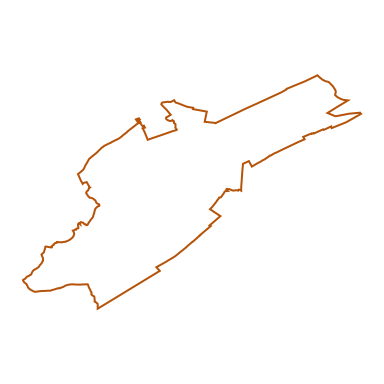 Urecheni, Neamt, Romania (Robinson projection)
{"feature_id": "2599482B48962297444856", "entity_name": "Urecheni", "entity_type": "district", "adm_level": 2, "iso_a3": "ROU", "parent_name": "Romania", "parent_adm1": "Neamt", "projection": "robinson", "projection_center": [26.516, 47.174], "detail": "fine", "context": "isolated", "style": "outline", "palette": "amber", "viewbox_px": 384, "rotation_deg": 0, "n_neighbors": 0, "source": "geoboundaries", "source_scale": "gbopen_adm2", "svg_char_len": 5792}
<svg xmlns="http://www.w3.org/2000/svg" viewBox="0 0 384 384"><path d="M360.7,113.6L360.1,112.7L349.1,113.7L337.0,116.0L335.3,116.2L327.5,113.0L336.6,107.3L348.0,100.4L343.1,99.8L340.1,98.6L337.4,97.1L335.1,95.1L335.8,91.8L335.4,90.1L332.9,86.3L328.7,82.0L325.5,81.2L322.3,79.6L318.1,76.0L317.5,75.3L304.8,81.4L297.7,84.3L293.7,85.9L291.9,86.7L286.9,88.7L286.6,88.8L286.6,89.0L286.6,89.3L284.8,90.4L280.8,92.6L255.6,104.2L253.3,105.2L245.4,108.8L215.4,123.2L215.2,123.0L214.9,122.9L204.7,121.8L206.8,111.6L192.9,109.1L193.2,107.8L187.5,106.9L185.5,106.2L178.2,103.3L175.6,102.5L174.1,100.2L173.5,100.5L173.1,100.8L172.4,101.2L171.4,101.6L170.7,102.0L170.0,102.0L168.9,101.9L167.7,101.7L166.3,102.0L165.1,102.1L164.2,102.3L163.0,102.3L162.8,102.3L162.1,102.7L161.8,103.1L161.5,104.0L161.3,104.2L161.5,104.6L161.9,105.1L162.7,105.9L164.1,107.4L166.5,109.7L170.7,114.8L168.4,116.3L167.8,116.6L166.7,117.0L166.3,117.4L166.1,117.8L166.0,118.2L166.0,118.4L166.4,119.1L167.4,120.0L169.1,120.7L170.4,121.1L171.6,120.6L172.3,120.7L172.5,120.2L174.0,121.3L173.9,122.1L174.0,122.9L174.2,123.3L175.3,123.8L175.5,124.3L175.5,125.8L175.4,126.7L175.4,127.4L175.5,127.9L176.1,128.5L176.8,129.8L176.6,130.0L171.6,131.5L164.0,134.2L150.4,138.8L147.7,139.8L145.0,133.0L143.8,130.4L143.2,129.3L142.6,128.4L144.9,127.6L143.9,125.7L142.6,126.2L139.8,122.6L140.5,122.3L138.7,119.8L139.7,119.4L138.9,118.3L135.9,119.4L138.6,123.1L137.0,124.0L133.4,126.9L130.2,129.3L128.8,130.4L127.0,132.0L126.6,132.5L125.4,133.3L124.7,134.0L123.4,134.8L121.9,136.3L119.1,138.4L117.4,139.4L116.7,139.5L116.3,139.8L111.5,142.2L110.9,142.7L107.3,144.3L105.6,145.2L104.4,145.8L103.8,146.2L102.3,147.4L101.9,147.6L101.0,148.3L100.5,149.0L99.3,150.1L96.6,152.8L94.4,154.6L93.1,155.5L92.9,155.9L92.7,156.0L92.2,156.3L89.2,158.9L89.0,159.1L87.1,162.6L85.4,165.3L85.2,165.9L83.9,168.6L83.5,169.2L83.1,169.8L81.8,171.0L78.0,174.1L81.3,181.6L81.6,181.8L82.7,183.9L83.7,182.9L86.7,182.1L89.2,186.5L89.0,187.1L89.1,187.6L89.2,187.8L89.6,187.8L89.1,188.3L88.6,189.0L88.4,189.6L88.2,190.3L86.8,191.4L86.1,193.0L88.5,196.6L88.7,196.8L89.2,197.1L89.6,197.7L90.2,197.6L92.6,198.4L93.6,198.9L94.0,199.5L95.4,200.4L96.2,202.5L97.2,203.5L98.5,204.0L99.3,204.6L99.2,206.0L98.6,206.2L98.1,206.2L97.7,206.6L96.9,207.1L95.8,208.2L95.2,209.0L95.1,209.5L94.8,210.1L94.7,211.0L94.2,212.3L94.2,213.4L93.8,214.0L92.9,217.1L91.9,218.4L91.4,219.1L90.3,220.3L89.9,221.1L88.9,222.4L87.5,224.9L86.2,225.1L85.6,224.3L85.1,224.4L83.7,223.5L83.2,222.7L82.1,222.5L81.3,222.3L80.9,222.1L80.7,222.1L80.5,222.5L79.8,222.9L79.7,223.0L80.1,223.5L80.1,223.8L80.2,224.3L79.0,223.2L78.7,223.3L78.4,223.6L78.0,224.3L78.1,226.1L78.4,227.6L78.4,228.0L77.8,228.5L77.1,228.5L76.5,228.6L76.0,229.3L76.0,229.6L75.9,229.6L75.3,229.5L75.1,229.6L74.8,229.7L74.1,230.3L72.9,230.6L73.5,231.6L73.9,232.6L74.1,233.3L74.2,233.8L74.1,234.3L74.0,234.6L73.8,235.1L73.7,235.7L73.0,236.9L72.2,237.8L70.4,239.3L69.9,239.6L69.2,240.1L67.1,241.1L65.5,241.6L65.2,241.9L63.8,241.9L62.4,242.2L62.1,242.3L61.5,242.3L61.1,242.2L60.1,242.2L59.2,242.3L57.3,241.9L56.9,242.0L56.7,242.3L56.8,242.5L56.8,242.8L56.7,242.9L56.2,242.8L55.4,243.0L54.7,243.4L54.4,243.9L53.6,244.3L53.5,244.5L53.5,245.0L52.3,245.6L52.2,245.9L51.9,246.2L51.7,246.3L51.9,246.9L52.0,247.1L51.8,247.4L51.6,247.5L50.6,247.3L49.0,247.1L46.5,246.6L45.6,246.6L45.3,246.7L45.2,248.0L44.9,248.7L44.8,249.4L44.4,250.4L44.3,251.1L43.9,252.1L43.5,252.8L43.1,253.1L42.4,253.6L41.5,254.5L42.3,256.7L42.9,257.9L43.0,260.1L43.0,260.7L42.5,261.2L42.2,262.2L41.3,263.6L39.7,265.4L38.6,267.1L36.4,268.6L35.0,269.4L34.4,269.8L33.8,270.0L33.3,270.5L32.7,271.3L31.7,273.0L31.3,274.3L30.9,274.7L29.9,275.1L29.1,275.7L28.7,276.1L27.7,276.3L27.1,276.6L26.2,277.4L26.1,277.7L24.9,278.9L23.1,279.8L23.0,280.4L23.8,281.8L23.9,282.0L26.7,284.3L26.8,284.6L26.9,285.2L27.4,285.8L27.7,286.5L27.9,287.4L29.4,288.9L31.3,290.2L33.0,291.0L34.4,291.7L35.1,291.8L36.0,291.8L36.6,291.6L37.4,291.5L38.3,291.4L40.6,291.1L41.8,291.0L43.1,290.9L43.5,291.0L48.3,290.7L50.5,290.7L51.6,290.2L52.6,289.9L54.6,289.4L55.8,289.0L56.3,288.7L57.0,288.7L57.7,288.4L57.9,288.4L58.4,288.2L58.6,288.3L58.9,288.2L59.2,288.1L59.5,288.3L60.1,288.2L60.4,287.9L61.9,287.4L63.5,286.8L64.4,286.2L65.3,285.7L66.6,285.2L68.1,284.8L69.9,284.5L72.3,284.3L75.4,284.5L76.4,284.6L79.4,284.6L81.8,284.6L82.1,284.4L84.1,284.4L87.7,284.3L88.0,284.9L89.1,287.9L90.0,289.4L90.3,289.8L90.4,290.2L90.4,290.5L90.6,291.1L91.1,291.9L91.5,292.3L91.4,293.5L91.5,293.7L91.6,293.9L91.4,294.4L91.8,294.9L92.4,295.5L93.7,296.2L94.2,296.4L94.5,297.8L94.6,299.5L94.8,300.9L94.6,301.6L96.1,302.4L97.5,303.7L97.7,304.0L97.7,306.4L97.7,308.7L159.8,270.9L156.4,267.2L166.4,261.6L167.6,260.8L174.2,256.9L176.2,255.4L186.2,247.3L187.1,246.4L192.4,241.8L192.6,241.9L200.1,235.3L199.9,235.2L210.7,226.1L209.5,225.5L220.4,216.1L210.0,209.2L210.8,208.5L212.7,206.3L216.3,201.8L217.0,200.6L218.6,198.7L218.9,198.2L219.0,197.8L219.2,197.5L220.7,197.4L221.0,197.2L221.4,196.8L222.2,195.4L223.1,194.3L224.0,192.9L224.4,192.0L225.1,191.3L225.4,191.2L226.0,191.1L227.7,191.0L226.8,190.2L226.5,189.8L226.3,189.4L226.6,189.1L226.9,188.9L228.0,189.0L228.5,189.2L229.1,189.2L230.1,189.4L231.0,189.9L232.8,190.5L233.5,190.6L236.6,190.2L237.2,190.3L238.0,190.6L238.1,190.3L238.2,190.1L238.6,189.7L238.9,189.6L239.8,189.9L241.2,190.7L241.2,187.5L241.6,181.8L242.3,171.5L243.0,163.8L248.9,161.1L251.0,165.0L251.8,166.5L251.9,166.4L254.3,165.2L256.7,163.7L260.9,161.5L262.3,160.5L264.4,159.5L265.9,158.5L268.8,156.5L269.3,156.0L270.0,155.5L270.5,155.7L273.0,154.1L274.1,153.5L276.9,152.3L281.9,149.8L297.3,142.5L300.4,141.1L304.6,139.3L303.2,136.9L311.4,133.5L311.7,133.9L313.5,133.0L313.9,133.5L323.2,129.3L323.8,129.9L331.2,126.4L331.4,127.0L331.7,128.1L346.3,122.2L361.0,113.9L360.7,113.6Z" fill="none" stroke="#b45309" stroke-width="2"/></svg>